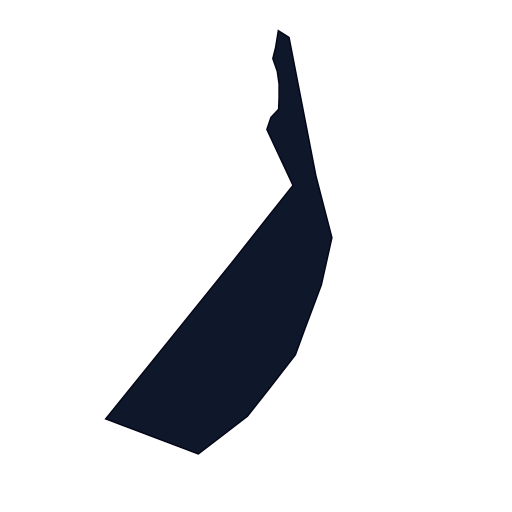 outline of Borborema, Paraíba, Brazil, rotated 296°
{"feature_id": "56859067B85687691204770", "entity_name": "Borborema", "entity_type": "district", "adm_level": 2, "iso_a3": "BRA", "parent_name": "Brazil", "parent_adm1": "Paraíba", "projection": "albers", "projection_center": [-35.582, -6.792], "detail": "fine", "context": "isolated", "style": "filled", "palette": "ink", "viewbox_px": 512, "rotation_deg": 296, "n_neighbors": 0, "source": "geoboundaries", "source_scale": "gbopen_adm2", "svg_char_len": 491}
<svg xmlns="http://www.w3.org/2000/svg" viewBox="0 0 512 512"><g transform="rotate(296 256 256)"><path d="M43.7,192.3L45.4,210.8L52.8,290.9L108.2,318.5L141.7,325.8L184.5,334.7L211.5,331.9L258.7,327.4L305.7,316.2L334.5,291.6L354.3,274.7L466.9,189.9L468.3,177.3L452.0,182.2L440.8,184.6L431.3,194.2L420.6,201.4L408.5,207.3L397.8,212.0L387.1,208.7L374.5,210.3L335.7,258.3L301.0,250.6L240.8,237.5L179.1,223.4L155.4,218.0L43.7,192.3Z" fill="#0f172a" stroke="#020617" stroke-width="1.5"/></g></svg>